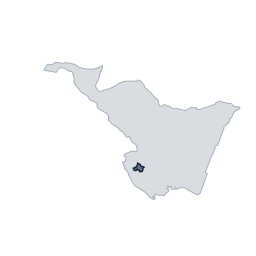 Mezam, Nord-Ouest, Cameroon (highlighted), rotated 290°
{"feature_id": "32672807B13167032786609", "entity_name": "Mezam", "entity_type": "district", "adm_level": 2, "iso_a3": "CMR", "parent_name": "Cameroon", "parent_adm1": "Nord-Ouest", "projection": "robinson", "projection_center": [10.141, 6.007], "detail": "fine", "context": "in_parent", "style": "filled", "palette": "slate", "viewbox_px": 256, "rotation_deg": 290, "n_neighbors": 0, "source": "geoboundaries", "source_scale": "gbopen_adm2", "svg_char_len": 4515}
<svg xmlns="http://www.w3.org/2000/svg" viewBox="0 0 256 256"><g transform="rotate(290 128 128)"><path d="M69.9,173.4L70.4,172.0L73.7,165.7L75.7,155.6L76.7,153.2L77.7,151.7L82.4,146.3L84.2,144.6L86.8,142.6L88.6,138.7L89.3,138.3L90.1,137.9L94.2,134.6L94.5,135.2L94.8,136.0L95.1,136.4L96.5,136.7L98.3,136.6L99.3,136.4L99.9,135.7L100.5,133.9L100.8,133.5L101.2,133.4L103.2,134.7L106.5,138.4L107.4,139.0L107.7,139.8L108.4,143.1L108.9,143.9L109.6,144.2L110.8,144.0L112.2,143.4L113.4,142.6L114.5,141.5L115.3,140.5L115.6,139.8L115.8,137.0L116.1,136.4L120.4,132.5L120.3,132.1L119.5,131.0L118.9,129.8L119.6,128.6L120.2,127.6L122.7,124.3L122.8,121.9L124.8,118.2L126.0,113.3L126.0,112.3L128.6,106.9L131.3,106.4L132.4,105.7L133.6,104.3L134.3,103.1L134.7,101.9L135.0,99.6L135.5,97.0L135.7,94.7L136.6,92.6L137.9,91.5L140.3,90.6L140.7,90.2L141.0,88.8L141.3,84.1L141.7,82.0L143.9,79.7L144.9,76.0L145.7,72.2L148.2,67.5L151.1,62.9L152.5,61.7L153.6,61.1L154.9,61.0L155.8,60.7L159.0,58.4L160.3,57.6L161.2,56.8L161.5,56.1L161.6,55.1L161.2,52.7L161.8,51.0L162.1,48.3L162.2,46.2L162.1,45.4L161.5,44.2L160.6,42.9L159.0,42.1L156.8,41.9L155.7,41.4L155.3,39.0L155.1,37.4L153.6,29.4L156.3,29.4L159.6,30.4L160.5,31.1L160.9,33.9L162.1,35.4L164.2,36.7L165.5,39.4L166.0,43.4L167.2,45.8L167.5,46.2L169.1,50.7L169.2,52.8L169.1,54.2L169.8,56.0L168.8,59.0L168.5,60.8L168.4,63.4L169.0,67.9L170.0,71.4L171.1,74.3L172.2,76.5L174.1,78.9L176.1,81.1L178.0,82.5L176.3,83.3L172.9,83.4L171.0,83.0L170.1,82.9L169.1,83.2L165.5,83.6L161.9,83.4L158.6,82.9L156.5,83.0L155.0,84.3L153.7,86.4L152.5,88.0L152.9,89.8L153.8,90.7L155.6,92.9L157.1,95.0L157.9,96.4L161.0,99.5L164.0,102.3L165.5,103.2L166.0,103.4L167.6,105.0L169.9,107.6L172.0,111.7L174.9,119.8L175.5,120.5L176.5,120.9L176.6,121.8L176.6,123.0L176.3,124.1L173.9,128.3L171.9,130.0L171.3,131.0L170.6,133.4L168.7,138.3L167.9,138.9L166.1,142.2L164.6,146.4L164.2,147.0L163.6,147.5L161.5,148.5L160.8,149.0L159.7,150.3L159.6,151.2L160.1,152.3L160.7,153.3L161.8,153.3L162.4,154.2L162.4,160.6L161.9,161.5L161.9,161.9L161.7,163.0L161.6,164.3L161.8,164.8L162.2,165.2L162.8,166.0L163.1,168.0L163.8,174.9L164.2,176.0L164.8,176.8L166.7,178.3L168.6,180.2L169.3,181.5L169.6,183.6L170.4,185.2L170.4,185.8L170.1,186.0L168.8,186.1L169.2,187.3L170.3,189.4L175.3,195.8L180.1,201.5L181.3,201.9L182.1,202.1L182.5,202.4L182.9,203.2L184.6,205.3L184.8,206.5L184.5,207.6L184.9,209.4L185.1,210.1L185.1,210.6L185.2,212.8L185.7,214.7L186.4,216.3L186.3,217.5L185.4,218.1L184.8,219.2L184.7,220.6L185.0,222.4L185.7,224.5L185.7,225.8L184.5,226.6L183.2,225.2L181.8,224.2L179.7,222.5L177.5,221.9L174.7,221.8L173.5,222.0L171.4,220.6L170.8,220.4L169.9,221.0L169.2,221.0L168.4,220.8L166.8,220.8L166.7,219.8L166.4,219.6L164.7,219.7L164.2,218.9L164.0,219.0L163.3,218.7L161.9,217.6L160.5,218.3L157.4,218.2L142.3,218.2L141.9,217.1L141.2,216.6L139.8,216.5L135.8,216.7L132.7,216.6L130.6,216.1L128.0,215.9L124.9,216.1L121.6,216.1L115.8,215.8L112.6,215.8L112.6,216.5L112.4,217.0L112.3,218.1L91.7,218.1L90.0,217.3L89.5,216.8L89.3,215.9L88.9,215.7L89.3,211.7L90.0,208.3L90.2,205.2L91.2,202.3L90.7,199.6L90.1,198.4L87.0,194.4L88.4,192.9L86.5,193.1L86.1,191.7L85.2,189.9L85.8,189.6L86.3,188.7L88.0,189.0L88.0,188.5L86.5,187.0L86.6,186.3L87.2,185.4L86.9,185.1L85.9,186.0L85.1,185.9L84.5,185.4L84.1,185.3L84.4,186.4L83.8,187.4L83.2,187.8L82.3,187.7L81.5,187.4L81.3,186.9L80.5,186.5L78.5,185.7L76.7,184.8L76.4,182.4L75.7,181.4L75.4,180.2L75.2,178.9L75.5,176.8L75.0,176.5L74.5,176.4L73.8,176.5L73.1,176.4L72.3,175.2L71.5,174.8L72.0,176.9L71.5,177.5L70.2,177.3L69.7,176.5L69.6,175.9L70.2,173.4L69.9,173.4Z" fill="#d9dde1" stroke="#a8b0b8" stroke-width="1"/><path d="M93.1,147.9L92.4,147.0L92.0,146.8L91.8,146.8L91.4,147.1L91.1,147.6L90.9,148.0L90.6,148.0L90.5,148.7L90.5,149.2L90.6,149.5L90.9,150.2L91.7,150.7L92.0,150.6L92.3,150.7L92.6,151.0L92.4,151.5L92.1,151.7L92.0,152.3L92.0,153.3L91.8,154.0L91.0,153.9L90.9,154.1L91.3,154.4L91.5,154.8L91.7,155.2L91.7,155.9L92.1,156.1L92.7,156.3L93.1,156.3L93.4,156.4L93.8,156.3L93.9,156.2L94.0,156.1L94.6,155.6L95.8,156.0L96.1,156.4L96.5,156.6L96.8,156.3L96.9,155.2L96.5,154.3L96.5,154.1L96.3,153.5L96.5,153.0L96.8,152.8L97.6,152.3L97.8,152.2L97.8,151.9L97.7,151.4L98.0,151.0L98.1,150.5L98.0,150.1L98.1,149.5L98.3,149.0L98.1,149.0L97.5,149.5L97.4,149.6L97.2,149.7L97.1,149.9L96.7,149.7L96.4,149.3L96.0,149.2L95.7,149.3L95.2,149.4L94.9,149.1L94.7,149.0L94.4,149.0L94.2,149.0L94.1,148.9L94.0,149.0L93.8,149.1L93.6,149.1L93.2,148.7L93.3,148.4L93.3,148.2L93.1,147.9Z" fill="#64748b" stroke="#1e293b" stroke-width="1.5"/></g></svg>